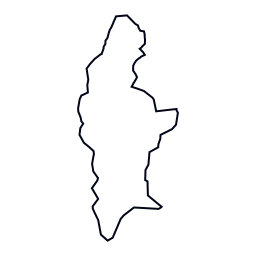 Ife North, Osun, Nigeria
{"feature_id": "59680162B27814311157346", "entity_name": "Ife North", "entity_type": "district", "adm_level": 2, "iso_a3": "NGA", "parent_name": "Nigeria", "parent_adm1": "Osun", "projection": "orthographic", "projection_center": [4.45, 7.387], "detail": "fine", "context": "isolated", "style": "outline", "palette": "ink", "viewbox_px": 256, "rotation_deg": 0, "n_neighbors": 0, "source": "geoboundaries", "source_scale": "gbopen_adm2", "svg_char_len": 1400}
<svg xmlns="http://www.w3.org/2000/svg" viewBox="0 0 256 256"><path d="M107.6,240.6L112.7,237.7L120.7,218.9L123.6,215.5L133.9,207.5L139.7,207.8L158.6,208.9L160.5,207.8L161.6,206.8L147.9,195.5L147.5,181.4L145.2,180.1L145.5,170.0L148.4,164.7L149.5,152.1L158.2,147.3L158.4,144.2L160.3,138.8L160.5,134.9L172.1,129.1L176.0,124.7L177.9,112.8L176.4,109.9L176.5,109.0L156.2,111.3L153.8,99.7L152.6,97.8L144.1,91.1L137.9,88.8L131.7,86.8L132.5,85.2L133.2,83.8L134.0,82.5L134.9,81.0L135.7,79.7L136.3,78.6L137.0,77.2L135.7,74.4L133.1,70.5L133.2,65.8L134.5,63.1L136.2,60.6L138.8,58.4L139.8,57.9L141.2,56.6L144.8,54.9L143.0,52.1L139.7,48.8L141.3,47.6L142.4,46.2L143.2,45.5L144.9,43.8L144.9,42.8L145.0,40.6L145.0,39.0L144.8,38.1L144.6,34.1L144.0,31.4L140.2,30.7L138.5,27.6L138.4,27.2L138.0,25.5L135.3,23.9L127.0,15.4L118.9,16.1L116.0,16.4L111.4,27.2L110.0,29.4L109.1,31.8L107.4,38.1L105.5,40.6L105.3,44.3L103.9,46.2L103.5,47.8L103.6,48.4L101.6,54.1L100.5,54.4L94.7,58.9L90.3,63.7L86.6,68.6L88.3,79.8L87.3,84.9L87.9,92.5L81.3,95.6L79.7,99.2L78.1,108.3L78.3,111.6L80.6,117.4L81.4,121.4L83.2,123.6L80.3,128.2L79.5,134.9L81.6,138.6L83.9,142.8L88.9,146.8L89.4,147.3L90.0,147.8L93.6,151.1L93.9,154.2L93.2,157.5L92.1,163.9L93.3,171.4L96.5,175.9L98.0,178.1L97.3,180.6L91.9,188.2L98.2,198.9L92.7,206.3L92.8,208.6L93.5,210.3L95.2,213.9L98.2,220.1L100.9,234.6L107.6,240.6Z" fill="none" stroke="#020617" stroke-width="2"/></svg>